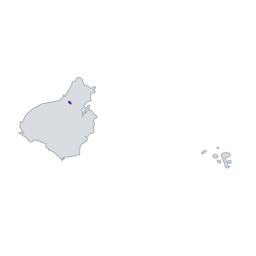 Chordeleg, Azuay, Ecuador shown in context, rotated 189°
{"feature_id": "8360857B12860339410526", "entity_name": "Chordeleg", "entity_type": "district", "adm_level": 2, "iso_a3": "ECU", "parent_name": "Ecuador", "parent_adm1": "Azuay", "projection": "orthographic", "projection_center": [-78.733, -2.983], "detail": "fine", "context": "in_parent", "style": "filled", "palette": "violet", "viewbox_px": 256, "rotation_deg": 189, "n_neighbors": 0, "source": "geoboundaries", "source_scale": "gbopen_adm2", "svg_char_len": 4177}
<svg xmlns="http://www.w3.org/2000/svg" viewBox="0 0 256 256"><g transform="rotate(189 128 128)"><path d="M234.9,106.2L234.1,106.6L232.4,106.8L230.9,106.4L230.4,106.4L230.3,106.8L232.2,108.0L233.0,110.1L234.3,111.4L235.1,112.1L235.2,112.5L234.9,113.4L234.9,114.1L235.3,117.3L235.0,117.5L234.0,117.5L233.2,116.9L231.1,124.9L224.3,132.8L216.5,138.5L207.5,141.7L200.9,144.0L199.9,144.8L196.7,148.8L196.5,149.2L197.0,149.9L197.0,150.3L196.5,150.6L196.1,150.7L195.9,150.4L195.8,150.0L195.4,149.5L194.9,149.3L194.6,149.4L194.5,149.9L193.9,152.0L193.8,153.1L193.6,153.5L193.6,154.4L192.9,155.3L192.4,156.8L191.9,157.2L191.2,159.5L190.2,161.7L190.1,162.4L190.4,163.0L190.5,163.4L190.1,164.8L187.8,166.1L187.2,166.8L186.9,167.5L187.1,168.2L187.0,168.7L186.3,168.9L185.5,170.1L185.0,170.4L183.5,170.0L182.4,170.0L181.6,169.6L180.0,167.5L179.4,166.2L179.2,164.5L177.6,163.4L175.5,163.7L174.9,163.3L173.3,162.5L172.0,161.7L171.0,161.3L170.2,161.5L169.0,162.9L167.8,163.5L167.3,163.5L166.5,163.1L166.4,162.6L168.2,160.1L166.9,160.1L166.4,159.6L166.3,159.0L166.1,158.3L166.4,157.5L167.1,157.1L168.1,157.4L168.8,157.5L169.3,156.7L170.3,156.2L170.5,155.8L170.0,154.6L169.8,154.0L170.0,153.6L169.9,152.3L169.6,151.8L169.6,151.1L169.3,150.7L169.2,149.8L168.5,149.3L170.7,148.5L171.5,147.8L172.5,147.2L173.3,146.3L173.8,145.4L175.1,141.3L176.3,138.7L176.1,137.4L175.1,135.7L174.9,133.3L175.0,132.5L174.9,131.9L174.2,133.0L174.4,136.6L173.8,138.3L172.9,138.7L172.4,138.4L172.7,135.7L172.1,136.2L171.1,138.0L169.5,139.4L169.4,139.8L169.0,140.4L167.8,139.9L166.9,139.3L163.8,136.3L161.7,135.7L160.5,134.6L160.3,134.2L160.1,133.6L161.4,132.9L162.6,132.1L162.8,130.2L162.7,128.7L161.8,126.2L162.2,122.9L162.0,121.7L160.9,118.9L161.7,117.6L164.6,116.6L165.5,115.9L166.1,113.7L166.8,112.4L168.1,112.9L169.1,112.9L167.7,112.4L166.6,110.5L166.4,109.6L168.5,106.9L169.7,106.2L171.0,104.8L172.2,102.7L172.4,99.3L172.0,96.9L171.6,94.4L172.3,93.7L174.0,93.4L175.5,92.6L176.2,91.8L177.9,91.9L179.8,90.8L182.9,90.2L187.3,88.8L188.2,87.7L187.8,85.6L189.4,86.8L190.1,87.8L192.4,88.9L195.0,90.9L196.7,92.0L198.6,92.9L201.4,93.9L203.0,93.7L203.8,95.2L204.4,95.6L206.0,96.1L206.1,96.3L206.7,99.1L207.1,99.5L208.4,100.0L210.1,100.1L210.8,100.0L212.3,100.8L214.5,101.5L215.4,101.5L215.7,101.4L215.9,101.1L216.5,101.2L217.5,101.6L218.9,101.6L219.8,101.3L220.0,99.8L220.3,99.4L221.4,98.8L221.9,99.0L224.6,100.2L225.1,100.6L225.8,101.5L227.0,102.8L228.4,103.6L230.5,103.9L232.5,105.3L234.9,106.2ZM25.6,105.3L26.4,106.1L26.8,108.6L29.4,111.1L29.7,112.5L29.5,113.2L29.6,113.4L30.9,114.4L31.7,115.5L30.3,118.0L27.4,119.0L24.3,119.0L23.7,118.8L22.9,117.8L22.7,117.0L23.2,116.2L24.8,114.9L27.2,113.8L27.5,113.0L26.6,112.2L25.9,110.6L24.3,109.4L23.6,106.0L23.1,105.8L22.0,106.3L21.5,105.9L21.4,105.7L22.5,104.9L22.8,104.3L24.4,104.0L25.2,104.4L25.6,105.3ZM37.7,115.7L37.0,115.7L35.0,114.4L35.1,113.2L35.9,112.3L38.5,111.9L39.6,112.7L39.5,114.2L38.6,115.3L37.9,115.5L37.7,115.7ZM171.1,143.9L170.8,144.4L169.6,144.3L169.2,144.2L169.5,141.7L169.9,141.0L170.9,140.2L171.7,139.9L172.8,139.9L174.0,140.6L172.6,141.8L171.6,142.2L171.1,143.9ZM23.6,111.7L22.3,112.0L21.2,111.5L20.8,110.8L20.7,109.8L20.8,109.4L23.2,109.0L23.9,109.9L23.9,111.2L23.6,111.7ZM49.5,117.4L48.0,117.9L47.1,117.4L47.1,117.1L47.9,116.3L48.7,115.8L49.5,114.9L50.8,114.3L51.2,114.4L51.5,114.6L51.6,115.0L51.1,115.7L50.3,116.2L49.5,117.4ZM34.6,109.9L34.0,110.3L31.5,109.9L30.8,109.2L31.4,108.1L31.9,107.7L33.4,108.1L34.8,109.2L34.6,109.9ZM36.6,123.2L36.0,123.2L35.3,122.6L35.9,121.6L36.9,122.1L37.1,122.5L36.6,123.2ZM187.1,88.2L186.4,88.3L186.1,87.7L187.0,87.0L187.3,86.8L187.1,88.2Z" fill="#d9dde1" stroke="#a8b0b8" stroke-width="1"/><path d="M190.2,144.6L190.2,144.4L190.3,144.4L190.3,144.2L190.2,144.2L190.0,143.9L189.9,143.9L189.7,143.9L189.7,143.7L189.4,143.6L189.3,143.4L189.2,143.3L189.2,143.2L188.9,143.0L188.7,143.2L188.7,143.3L188.7,143.2L188.7,143.3L188.7,143.5L188.8,143.5L188.7,143.5L188.8,143.6L188.9,143.8L188.9,144.0L189.0,144.2L189.0,144.3L189.1,144.5L189.3,144.6L189.5,144.7L189.8,144.7L189.9,144.8L190.0,144.8L190.2,145.0L190.3,145.0L190.3,144.9L190.2,144.8L190.2,144.7L190.2,144.6Z" fill="#8b5cf6" stroke="#5b21b6" stroke-width="1.5"/></g></svg>